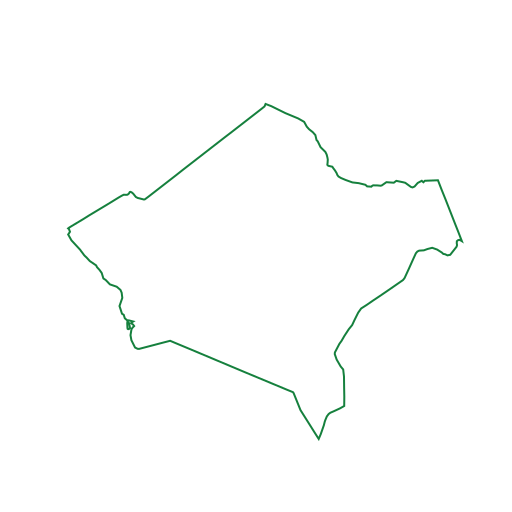 the border of Kenya, rotated 113°
{"feature_id": "KEN", "entity_name": "Kenya", "entity_type": "country or territory", "adm_level": 0, "iso_a3": "KEN", "parent_name": "Africa", "parent_adm1": "", "projection": "orthographic", "projection_center": [37.674, 0.4], "detail": "fine", "context": "isolated", "style": "outline", "palette": "green", "viewbox_px": 512, "rotation_deg": 113, "n_neighbors": 0, "source": "natural_earth", "source_scale": "50m", "svg_char_len": 2849}
<svg xmlns="http://www.w3.org/2000/svg" viewBox="0 0 512 512"><g transform="rotate(113 256 256)"><path d="M112.3,306.6L112.1,300.5L113.0,284.8L112.9,271.0L113.7,264.1L117.1,259.8L118.6,256.6L119.8,252.2L121.5,248.6L125.6,245.6L126.3,244.0L130.6,239.1L133.1,232.8L135.0,230.6L137.5,228.7L139.2,227.6L142.0,226.6L144.1,226.0L144.5,225.5L144.7,224.5L144.0,220.6L144.9,219.3L146.4,216.7L148.2,214.2L149.7,212.7L150.6,211.1L151.0,208.3L151.0,206.4L151.0,203.2L150.6,196.0L148.8,189.9L147.7,183.1L148.5,180.9L147.1,176.9L146.4,176.7L145.2,175.8L143.7,172.1L142.6,168.7L141.9,167.8L137.1,164.8L134.7,157.8L132.0,156.2L130.6,149.2L130.3,147.2L131.9,140.3L131.7,138.7L130.1,137.2L125.6,135.7L122.0,132.8L122.4,131.8L122.7,130.7L120.8,130.0L115.2,118.1L122.5,111.0L129.8,103.7L139.2,94.5L147.8,86.1L155.2,78.8L161.9,72.3L161.7,73.6L161.7,75.2L162.5,76.2L163.9,76.9L165.8,76.2L167.4,75.2L169.1,75.0L179.0,77.7L180.6,80.0L180.5,82.6L180.9,84.4L180.2,86.3L179.3,91.8L179.6,97.0L182.5,100.8L185.2,103.7L187.3,107.9L188.8,109.2L191.0,109.9L197.8,110.1L208.0,110.3L217.7,110.6L218.6,110.7L220.7,111.3L229.6,116.9L237.8,122.1L244.8,126.6L251.5,131.0L258.1,135.2L263.2,138.7L268.2,139.8L276.3,140.3L282.0,140.5L287.2,142.0L295.0,143.4L300.7,144.1L304.2,144.9L313.9,145.7L315.5,145.2L319.8,141.3L324.6,134.9L326.4,131.4L332.6,127.9L343.5,123.1L351.1,119.7L359.6,116.2L363.5,119.2L368.8,124.0L371.2,126.3L373.1,127.4L376.0,128.1L379.6,128.1L381.5,128.0L385.4,127.4L394.6,126.8L399.9,126.8L395.5,133.2L390.2,140.8L380.5,154.8L373.1,162.2L367.5,167.8L366.9,168.8L367.0,175.0L367.1,190.2L367.3,220.7L367.4,251.1L367.5,281.5L367.6,296.7L367.6,301.9L372.5,308.3L377.3,314.5L383.7,322.8L387.1,327.2L387.7,328.7L387.5,331.6L382.2,337.8L377.9,340.6L372.1,342.0L370.4,341.7L368.1,340.8L367.2,342.3L366.6,344.7L365.3,344.2L364.3,343.5L364.9,347.6L365.5,349.6L364.6,352.4L361.8,354.8L361.5,356.8L355.4,362.1L346.8,362.7L342.3,365.3L340.2,367.5L338.7,372.2L339.2,379.4L336.8,385.0L336.3,387.7L331.9,391.4L329.9,394.7L328.4,398.0L327.1,399.5L325.6,407.0L323.5,411.6L323.0,413.1L322.4,414.5L320.8,417.2L319.8,419.0L319.0,420.2L313.7,432.0L309.6,437.3L306.4,436.7L304.3,438.7L304.0,439.7L302.9,439.1L300.2,437.2L294.7,433.2L289.2,429.2L283.6,425.3L278.1,421.3L272.6,417.3L267.1,413.3L261.5,409.3L256.0,405.4L252.8,403.0L251.3,401.7L250.2,398.9L249.7,398.2L248.2,397.4L246.5,397.2L246.0,396.6L246.0,395.3L246.6,393.4L248.6,389.7L248.8,387.6L248.4,385.2L247.8,381.2L247.2,380.4L243.6,378.3L235.9,374.0L228.2,369.7L220.5,365.4L212.8,361.1L205.1,356.9L197.4,352.6L189.7,348.3L182.0,344.0L174.3,339.7L166.6,335.4L158.9,331.1L151.3,326.8L143.6,322.5L135.9,318.2L128.2,313.9L120.5,309.6L117.6,308.0L115.0,306.6L112.3,306.6ZM368.1,348.3L366.7,348.7L367.4,346.6L371.4,343.9L373.0,344.5L373.3,345.2L373.2,345.7L372.5,346.2L368.1,348.3Z" fill="none" stroke="#15803d" stroke-width="2"/></g></svg>